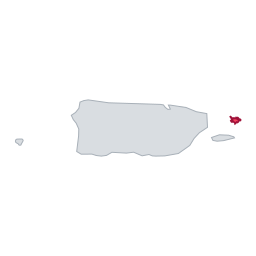 Culebra, Puerto Rico (highlighted)
{"feature_id": "32010507B36782575213222", "entity_name": "Culebra", "entity_type": "district", "adm_level": 2, "iso_a3": "PRI", "parent_name": "Puerto Rico", "parent_adm1": "", "projection": "natural_earth1", "projection_center": [-65.293, 18.314], "detail": "fine", "context": "in_parent", "style": "filled", "palette": "rose", "viewbox_px": 256, "rotation_deg": 0, "n_neighbors": 0, "source": "geoboundaries", "source_scale": "gbopen_adm2", "svg_char_len": 2685}
<svg xmlns="http://www.w3.org/2000/svg" viewBox="0 0 256 256"><path d="M165.3,107.4L167.9,109.4L170.4,109.1L168.4,105.1L170.2,105.1L186.1,107.5L196.3,111.7L206.8,113.6L207.5,127.3L199.4,132.7L194.1,138.4L189.8,145.4L178.4,153.5L164.8,155.9L155.7,156.1L152.3,155.9L149.0,154.5L142.1,155.8L133.6,152.2L126.4,153.1L111.9,152.3L106.5,155.4L101.3,156.1L96.3,155.5L91.9,154.1L81.2,154.2L76.7,151.5L78.6,136.0L78.8,129.0L76.2,123.2L73.3,119.6L71.3,115.3L75.5,112.5L78.9,108.3L80.0,102.1L83.8,100.6L88.2,99.9L108.7,102.8L160.4,104.4L163.4,104.9L165.3,107.4ZM223.7,140.6L217.1,141.2L212.9,140.4L211.5,137.5L219.4,134.8L228.6,135.2L233.8,136.8L234.5,137.9L223.7,140.6ZM20.7,145.1L19.9,145.2L19.2,145.1L18.8,144.8L18.3,143.9L15.9,142.5L15.4,141.1L15.9,139.7L16.9,139.1L21.7,139.0L22.2,139.1L23.1,140.1L23.1,140.8L22.7,141.5L21.8,143.2L21.5,143.6L21.2,144.1L21.1,144.8L20.7,145.1Z" fill="#d9dde1" stroke="#a8b0b8" stroke-width="1"/><path d="M230.2,116.8L230.3,116.9L230.4,117.0L230.5,117.0L230.8,117.3L230.8,117.6L230.9,117.8L231.1,117.9L231.1,118.1L231.4,118.7L231.5,119.1L231.5,119.5L231.5,119.4L231.8,119.3L232.1,119.6L232.3,119.7L232.6,119.9L232.6,120.2L232.6,120.7L232.8,120.9L233.1,121.1L233.2,121.5L233.4,121.5L233.7,121.8L233.8,121.8L234.0,122.2L234.5,122.5L234.6,122.8L234.9,123.3L235.1,123.7L235.1,123.8L235.4,123.6L235.5,123.6L235.8,123.2L236.0,122.5L236.0,122.4L236.4,122.1L236.6,121.9L236.8,121.9L237.0,122.0L237.1,122.5L237.3,122.6L237.7,122.4L238.0,122.1L238.2,121.9L238.3,121.9L238.6,121.3L238.7,121.2L238.6,120.5L238.3,120.1L238.1,119.8L238.0,119.7L237.5,119.4L237.3,119.3L237.1,119.1L236.9,118.9L236.2,118.6L235.9,118.4L235.7,118.6L235.3,118.6L235.1,118.5L234.9,118.4L234.9,118.1L234.9,117.9L234.6,118.1L234.5,118.5L234.3,118.6L234.1,118.6L233.6,118.4L233.4,118.0L233.3,117.9L233.2,117.9L233.0,118.1L233.0,118.3L232.9,118.7L232.8,118.8L232.6,118.8L232.5,118.7L232.3,118.5L232.2,118.3L232.2,118.2L232.0,117.9L231.7,117.9L231.3,117.5L231.2,117.2L230.9,116.7L230.5,116.5L230.2,116.8ZM239.2,119.5L239.5,119.9L239.7,120.1L239.9,120.3L239.9,120.6L240.0,120.6L240.4,120.6L240.5,120.6L240.6,120.4L240.5,119.8L240.6,119.6L240.3,119.3L240.0,119.2L240.0,119.3L239.7,119.6L239.2,119.5ZM230.8,120.6L230.7,120.7L230.9,121.1L231.0,121.2L231.2,121.4L231.3,121.5L231.4,121.9L231.5,122.0L231.8,122.0L231.7,121.9L231.7,121.5L231.7,121.3L231.7,121.2L231.8,120.9L231.8,120.7L231.7,120.6L231.6,120.3L231.7,120.1L231.3,120.3L231.2,120.5L230.8,120.6ZM236.8,117.5L236.9,117.8L237.2,118.0L237.4,118.2L237.7,118.4L238.0,118.3L238.4,118.4L238.5,118.3L238.5,118.2L238.2,117.9L238.1,117.7L237.8,117.5L237.4,117.5L237.1,117.5L236.9,117.5L236.8,117.5Z" fill="#f43f5e" stroke="#9f1239" stroke-width="1.5"/></svg>